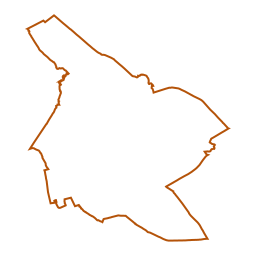 the district of Faurei, Neamt, Romania
{"feature_id": "2599482B17296269865935", "entity_name": "Faurei", "entity_type": "district", "adm_level": 2, "iso_a3": "ROU", "parent_name": "Romania", "parent_adm1": "Neamt", "projection": "natural_earth1", "projection_center": [26.714, 46.923], "detail": "fine", "context": "isolated", "style": "outline", "palette": "amber", "viewbox_px": 256, "rotation_deg": 0, "n_neighbors": 0, "source": "geoboundaries", "source_scale": "gbopen_adm2", "svg_char_len": 5395}
<svg xmlns="http://www.w3.org/2000/svg" viewBox="0 0 256 256"><path d="M102.4,222.1L103.6,219.1L104.1,218.9L107.7,218.2L109.0,217.8L110.8,217.4L111.6,217.1L118.3,215.4L120.6,215.7L125.7,215.8L126.8,216.8L133.0,221.8L134.5,223.1L135.2,223.9L135.4,223.7L136.7,224.9L142.4,228.1L143.3,228.8L144.9,229.7L146.1,230.5L147.8,232.1L150.0,232.6L154.2,234.6L158.5,236.7L160.3,237.4L163.3,239.0L166.4,240.2L168.5,240.6L170.9,240.6L185.2,240.4L189.3,240.1L190.3,240.1L191.3,240.0L198.1,239.8L199.9,239.6L200.8,239.6L204.2,239.0L206.3,238.8L207.5,238.8L203.9,232.7L202.8,230.5L202.0,229.4L199.8,225.3L198.5,223.5L197.5,222.3L194.1,219.0L191.0,215.9L189.9,214.6L189.0,213.3L188.8,212.6L182.4,203.6L177.4,197.1L175.9,195.3L174.9,193.9L173.8,192.8L173.3,191.8L173.3,191.5L173.3,191.3L173.0,191.2L166.5,187.1L166.1,186.6L177.3,180.2L179.2,179.0L184.2,176.2L188.2,174.1L191.6,171.9L195.3,169.1L196.6,168.0L199.5,165.0L202.8,160.2L205.7,156.5L207.0,155.4L207.9,154.9L206.7,154.5L206.3,154.1L204.7,151.7L207.7,151.4L208.3,151.5L209.5,151.5L210.4,151.2L210.8,150.3L211.4,149.4L211.8,149.1L212.8,149.1L213.9,148.5L214.3,148.7L214.5,148.2L214.4,147.7L213.8,146.7L214.8,145.0L214.2,144.7L214.2,144.4L212.6,144.1L211.8,143.8L210.9,143.1L210.1,142.7L209.7,142.3L210.3,140.7L210.9,139.6L211.1,138.9L211.5,138.5L212.0,138.3L228.5,128.5L228.2,128.4L228.0,128.2L223.6,123.4L222.8,122.8L222.3,122.0L221.4,121.1L218.0,117.6L214.9,114.1L210.2,109.6L203.3,101.8L202.1,100.7L201.2,100.0L199.4,99.0L193.6,96.2L184.9,91.4L181.4,89.8L180.1,89.1L179.2,88.7L178.3,88.4L172.3,87.5L171.5,87.5L170.2,87.8L169.3,87.7L165.5,88.8L153.6,92.6L153.1,90.3L152.5,88.8L151.6,88.0L151.9,85.7L152.6,86.0L153.2,85.9L152.7,84.9L151.8,84.1L151.2,83.4L150.2,83.4L149.5,84.0L148.9,83.9L148.5,83.0L148.5,82.5L148.7,81.7L148.7,80.4L148.5,79.4L148.2,78.4L147.3,77.2L146.5,75.8L144.7,75.1L143.8,74.9L143.0,74.6L142.4,74.6L142.3,74.8L142.2,74.8L141.3,74.6L141.1,74.9L140.3,75.0L140.2,75.1L140.1,75.5L139.7,75.8L139.1,75.9L138.2,75.8L138.3,76.2L138.1,76.6L137.5,77.2L136.9,77.4L134.8,76.5L134.0,76.4L132.5,76.1L124.5,68.6L121.8,66.2L119.6,64.4L117.3,62.4L116.1,61.4L114.6,60.1L114.1,59.4L113.6,59.1L111.1,57.7L105.1,55.1L103.8,54.8L102.1,54.8L101.4,54.6L100.6,53.7L99.4,53.2L98.4,52.7L96.9,51.7L95.4,50.5L93.4,48.9L92.8,48.5L90.3,46.3L88.0,44.4L79.2,36.7L76.6,34.6L73.4,31.7L70.6,29.3L70.0,29.0L67.8,27.1L63.1,23.2L55.0,16.2L54.0,15.4L45.1,22.2L43.4,20.6L27.5,28.8L27.8,28.9L27.8,29.2L28.4,29.9L28.4,30.3L28.6,30.4L28.5,30.7L29.1,30.9L29.3,31.2L29.4,31.5L29.2,31.8L29.2,33.1L30.2,34.7L30.7,35.5L31.2,36.1L31.2,36.3L31.3,36.6L31.5,36.9L32.3,38.1L35.0,42.5L35.5,43.2L37.2,45.9L37.5,46.2L38.7,48.2L39.1,49.2L39.8,50.2L42.5,52.5L43.8,54.1L47.5,57.1L50.1,59.8L51.4,60.7L52.1,61.1L52.3,61.3L52.7,61.6L53.0,61.9L54.2,62.4L54.6,63.3L55.5,64.4L55.8,65.7L56.1,66.2L56.3,66.7L56.3,67.1L56.2,67.4L56.3,67.7L56.8,68.1L56.9,68.6L57.3,68.8L57.7,68.9L58.5,68.8L58.7,68.5L59.4,68.1L60.5,68.4L60.9,68.5L61.8,68.2L62.5,68.2L62.9,68.3L63.8,69.2L64.7,70.1L65.7,70.5L66.0,70.8L68.6,73.6L68.1,74.0L67.8,73.5L67.3,73.4L66.7,73.5L67.0,74.2L67.0,74.3L66.7,74.4L66.5,74.2L66.2,74.5L65.6,75.7L65.6,76.0L65.2,76.3L64.9,76.2L64.7,76.0L64.7,75.9L64.9,75.8L64.8,75.5L64.4,75.7L64.3,75.4L64.0,75.3L63.7,75.5L64.0,75.9L63.3,76.1L63.4,76.4L63.4,76.6L62.9,76.8L62.7,77.0L62.8,77.2L63.2,77.3L63.4,77.5L63.7,77.4L63.8,77.5L63.7,77.9L63.2,77.8L63.1,78.0L63.6,78.3L64.1,78.2L63.9,78.7L63.3,78.8L63.3,79.1L63.8,79.1L63.7,79.5L63.4,79.4L63.4,79.5L63.1,79.9L62.7,79.7L62.9,79.9L62.9,80.1L63.1,80.2L63.0,80.3L62.1,80.7L61.5,80.2L61.2,80.2L61.1,80.3L61.1,80.5L61.4,80.6L61.4,80.8L61.0,81.4L60.6,81.4L60.4,81.3L60.2,81.0L59.4,81.5L59.7,81.5L59.7,81.9L59.5,82.0L59.3,81.8L59.0,82.5L59.0,82.8L59.2,83.0L60.2,83.4L60.3,83.5L60.4,83.9L60.2,84.1L60.0,84.4L60.8,84.7L60.7,84.9L60.2,84.8L59.8,85.0L59.7,85.7L59.5,86.1L59.6,89.3L60.0,90.7L60.3,90.6L60.4,90.8L60.3,91.0L60.2,91.4L60.3,91.5L60.6,91.5L60.8,91.7L60.8,91.9L60.7,92.2L60.9,92.6L60.9,93.0L59.5,96.7L59.4,97.4L58.4,99.7L58.6,101.0L58.9,101.2L58.6,101.5L58.5,101.8L58.8,102.5L58.7,102.9L58.8,103.8L59.2,104.7L57.5,104.6L57.4,105.3L56.8,105.7L56.1,106.0L56.4,107.6L55.9,108.0L55.0,109.2L54.2,111.4L53.8,112.2L53.6,112.6L52.9,113.3L51.9,115.1L49.0,119.7L46.6,124.0L46.3,124.1L34.0,142.5L29.9,148.9L30.5,148.7L32.2,148.1L32.9,148.1L34.2,148.4L34.7,148.8L35.6,149.2L36.0,149.5L38.7,150.5L39.4,151.2L40.4,152.9L40.7,153.0L41.4,154.1L41.4,154.3L42.5,157.0L42.4,157.2L42.4,157.6L42.4,157.8L45.6,163.3L45.8,165.3L46.1,165.8L46.1,166.0L46.9,167.3L47.5,168.0L48.0,168.7L48.1,168.9L48.3,169.2L44.4,170.3L44.8,171.3L44.9,171.8L45.4,174.7L45.9,177.1L45.9,177.5L46.0,178.3L46.7,181.3L46.8,182.4L47.9,191.2L48.0,192.1L50.6,203.3L54.9,202.7L54.3,200.8L55.5,200.1L56.0,200.1L56.2,201.3L56.5,202.1L56.3,202.9L56.2,203.5L56.3,203.9L56.4,204.2L57.9,207.0L58.2,207.4L59.0,207.9L59.8,207.9L60.5,207.7L65.7,205.4L65.6,204.8L64.7,203.1L64.7,202.8L64.8,202.5L64.5,201.5L64.6,199.3L70.9,197.7L75.0,206.2L78.8,205.0L79.4,205.7L79.5,206.0L79.4,206.4L79.9,206.5L80.3,206.9L80.3,207.3L80.9,207.7L81.0,208.2L81.3,208.3L81.4,208.6L81.4,208.8L81.6,208.9L82.3,209.2L82.7,209.7L82.9,210.1L83.3,210.5L83.7,211.0L84.0,211.1L84.9,211.8L85.5,211.9L85.6,212.2L88.7,214.1L89.6,214.9L90.4,215.2L91.8,216.1L92.2,216.1L92.6,216.3L94.7,217.8L97.2,220.2L97.4,220.3L98.0,220.3L98.4,220.2L100.3,221.3L101.2,221.5L101.5,221.7L101.8,221.7L102.4,222.1Z" fill="none" stroke="#b45309" stroke-width="2"/></svg>